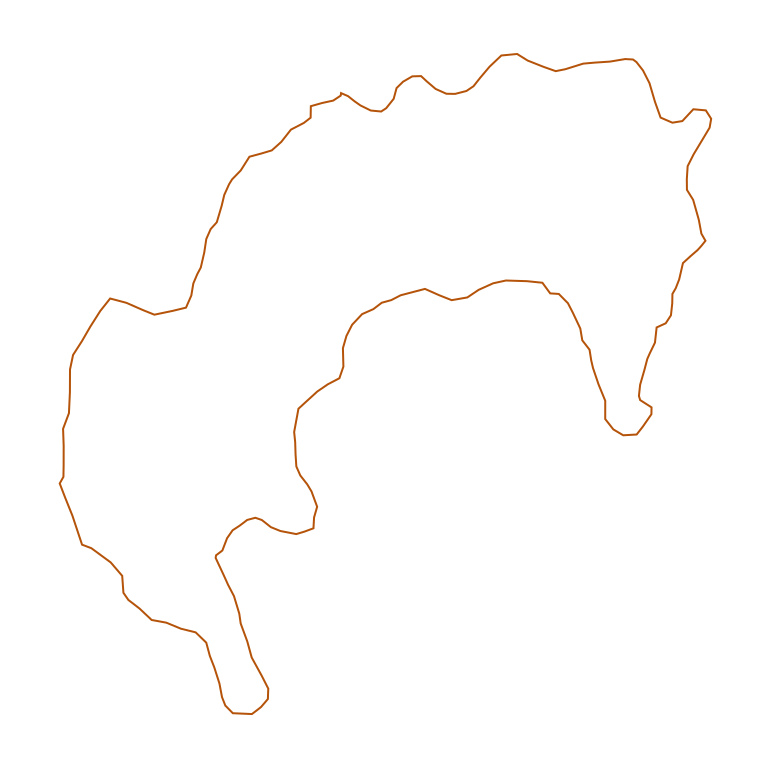 Sabirabad District, Sabirabad, Azerbaijan (Robinson projection), rotated 271°
{"feature_id": "54616110B21396185337631", "entity_name": "Sabirabad District", "entity_type": "district", "adm_level": 2, "iso_a3": "AZE", "parent_name": "Azerbaijan", "parent_adm1": "Sabirabad", "projection": "robinson", "projection_center": [48.66, 39.895], "detail": "fine", "context": "isolated", "style": "outline", "palette": "amber", "viewbox_px": 768, "rotation_deg": 271, "n_neighbors": 0, "source": "geoboundaries", "source_scale": "gbopen_adm2", "svg_char_len": 2704}
<svg xmlns="http://www.w3.org/2000/svg" viewBox="0 0 768 768"><g transform="rotate(271 384 384)"><path d="M278.9,61.5L264.8,67.2L246.8,74.8L218.1,84.9L214.7,94.3L200.8,113.9L187.6,125.6L170.7,127.1L163.6,132.2L155.2,143.5L144.0,155.8L141.6,170.4L135.8,185.2L132.4,200.0L122.3,210.8L109.1,214.6L97.6,219.3L81.6,224.7L68.1,227.5L59.6,231.0L59.4,231.3L52.2,238.6L51.7,257.7L56.5,263.8L59.0,266.8L67.0,273.4L77.4,273.6L90.2,266.8L108.2,256.5L124.2,251.8L142.0,244.9L151.9,243.3L169.3,237.7L180.5,231.6L189.6,227.3L207.2,218.7L209.8,219.1L214.7,225.3L227.1,229.8L235.1,235.2L239.8,242.1L245.7,249.6L248.0,257.7L245.9,264.2L238.9,273.4L235.2,283.0L232.4,298.9L235.0,307.0L238.5,316.0L249.3,316.4L260.1,319.3L275.3,313.4L282.2,309.1L291.1,301.9L300.0,297.8L312.1,296.8L324.4,296.2L334.4,295.0L357.8,298.9L363.2,304.6L375.3,317.4L382.7,327.8L389.0,339.3L400.7,343.1L419.1,342.3L431.4,345.6L442.7,351.1L453.5,360.9L458.7,372.1L465.2,380.3L468.0,389.8L473.0,399.1L479.8,423.3L473.7,437.7L469.0,450.2L472.0,465.8L479.8,477.0L486.6,491.4L489.6,504.1L489.3,525.2L488.0,540.6L477.5,548.6L477.1,557.2L468.0,566.5L458.5,571.6L442.9,579.3L431.1,581.5L421.9,588.9L411.1,590.8L403.6,592.7L387.4,598.5L371.1,605.5L352.8,605.8L342.6,614.1L336.9,624.1L337.9,637.5L346.0,643.6L358.0,651.6L358.5,651.9L365.3,651.9L372.4,640.4L376.5,639.1L387.7,640.1L402.9,644.2L413.6,646.8L419.3,649.2L430.1,654.2L445.3,655.6L449.6,664.6L457.7,669.7L469.6,670.8L479.1,670.8L484.8,674.0L493.7,677.3L510.1,680.8L510.5,681.2L517.3,688.4L523.4,695.2L527.5,698.8L532.8,702.9L539.9,698.7L553.2,696.0L556.0,695.2L573.5,689.9L583.4,683.5L594.2,683.2L607.1,683.8L619.1,689.6L633.3,697.8L646.0,705.1L654.9,706.5L663.2,701.0L664.1,688.5L652.1,677.7L650.3,667.8L655.2,655.9L670.9,650.0L689.4,644.2L702.0,637.5L710.3,630.8L712.8,627.3L713.1,619.5L710.3,604.3L709.0,588.9L707.8,577.6L701.9,559.8L699.8,550.2L704.0,537.7L709.9,522.0L716.3,511.3L714.5,495.6L703.1,484.0L691.7,474.7L683.3,468.3L678.4,461.3L675.3,450.0L675.3,441.3L679.9,430.5L687.3,421.5L692.5,415.7L692.1,406.9L686.6,397.8L680.1,391.4L669.3,388.7L659.8,381.4L656.4,376.4L657.2,366.0L662.1,355.6L666.1,349.7L671.2,343.0L674.1,336.0L671.6,335.7L666.5,328.3L663.9,317.3L660.5,306.0L649.0,306.0L643.7,299.4L636.7,286.5L624.3,277.1L615.6,267.7L612.3,257.3L608.9,245.5L595.1,237.1L585.9,228.5L581.0,225.6L570.3,221.0L559.4,218.6L542.8,214.0L535.9,208.0L525.9,203.8L512.4,202.0L497.3,198.8L490.6,195.4L481.2,191.6L469.1,189.8L456.9,184.7L453.4,171.3L449.3,153.2L453.7,141.7L460.7,124.9L464.7,108.7L452.0,99.0L436.3,89.4L421.7,81.3L407.6,72.6L393.0,69.8L370.3,70.1L349.3,69.5L333.6,63.9L316.6,64.8L296.9,65.1L295.5,65.1L285.6,65.1L278.9,61.5Z" fill="none" stroke="#b45309" stroke-width="2"/></g></svg>